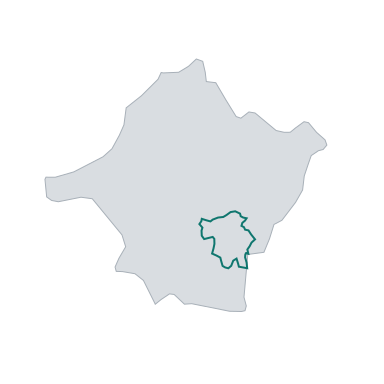 where Priština sits in Kosovo, rotated 76°
{"feature_id": "KOS-5902", "entity_name": "Priština", "entity_type": "District", "adm_level": 1, "iso_a3": "XKX", "parent_name": "Kosovo", "parent_adm1": "", "projection": "albers", "projection_center": [21.268, 42.679], "detail": "fine", "context": "in_parent", "style": "outline", "palette": "teal", "viewbox_px": 384, "rotation_deg": 76, "n_neighbors": 0, "source": "natural_earth", "source_scale": "10m", "svg_char_len": 1747}
<svg xmlns="http://www.w3.org/2000/svg" viewBox="0 0 384 384"><g transform="rotate(76 192 192)"><path d="M111.0,136.8L129.5,130.9L132.2,126.7L128.1,117.4L130.6,111.7L152.7,95.5L156.4,88.1L157.8,82.2L154.9,76.1L150.9,66.3L152.9,62.2L164.3,56.7L173.6,50.3L179.1,49.8L182.5,54.5L182.5,59.3L185.5,67.5L192.3,72.0L203.6,79.2L216.8,84.2L227.1,94.0L241.2,111.6L243.3,120.3L256.1,128.1L267.9,136.8L266.1,153.0L306.6,167.0L315.7,166.9L320.0,169.3L319.9,173.0L316.8,184.4L300.3,219.3L299.0,226.5L287.1,234.1L285.4,238.5L288.9,248.1L292.0,254.8L291.8,254.8L266.1,260.5L257.5,267.1L252.4,278.7L250.7,284.7L246.2,284.8L238.6,278.9L229.1,269.6L216.7,270.3L174.4,290.4L170.2,301.0L169.1,324.1L166.2,330.3L161.6,334.2L144.1,331.6L142.3,330.1L144.6,321.2L143.9,301.9L136.3,269.8L130.7,259.2L119.3,248.7L110.4,241.8L94.4,235.5L86.4,217.8L74.4,197.7L68.6,193.0L69.5,191.1L72.6,176.0L69.2,165.0L64.0,155.6L67.8,150.0L79.0,150.2L88.3,151.4L91.7,142.5L111.0,136.8Z" fill="#d9dde1" stroke="#a8b0b8" stroke-width="1"/><path d="M265.6,152.3L265.1,153.3L264.4,153.9L264.4,154.5L265.8,155.5L268.3,156.3L270.2,156.2L273.7,156.1L279.3,156.9L275.8,164.6L272.6,164.6L267.4,164.9L268.6,168.6L273.1,171.8L274.8,175.2L273.2,178.1L271.1,180.2L265.6,180.4L262.5,180.4L259.6,183.6L256.6,187.4L252.0,184.8L247.8,182.8L242.9,181.7L240.6,182.8L240.6,187.4L240.6,191.6L236.8,193.1L231.8,192.1L229.1,190.5L224.9,192.6L222.6,190.0L220.4,189.0L223.0,184.8L225.0,181.2L223.8,178.6L223.1,172.9L223.8,167.7L222.7,164.1L220.8,159.4L221.2,154.7L224.6,150.6L227.3,150.6L229.2,148.5L230.7,145.4L232.6,147.5L234.1,150.6L236.8,152.2L238.7,150.1L241.4,149.6L242.9,146.5L247.5,144.9L253.2,142.3L255.5,146.5L258.5,149.1L261.2,152.2L265.6,152.3Z" fill="none" stroke="#0f766e" stroke-width="2"/></g></svg>